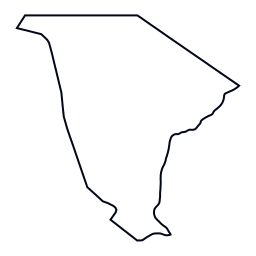 outline of Majzar, Ma'rib, Yemen
{"feature_id": "15242507B39058401263822", "entity_name": "Majzar", "entity_type": "district", "adm_level": 2, "iso_a3": "YEM", "parent_name": "Yemen", "parent_adm1": "Ma'rib", "projection": "orthographic", "projection_center": [44.889, 15.793], "detail": "fine", "context": "isolated", "style": "outline", "palette": "ink", "viewbox_px": 256, "rotation_deg": 0, "n_neighbors": 0, "source": "geoboundaries", "source_scale": "gbopen_adm2", "svg_char_len": 2926}
<svg xmlns="http://www.w3.org/2000/svg" viewBox="0 0 256 256"><path d="M141.4,18.1L137.4,15.4L84.3,15.4L82.4,15.4L81.2,15.4L79.6,15.4L79.0,15.4L31.3,15.4L27.8,15.4L25.0,15.4L24.4,16.4L23.0,18.6L22.6,19.2L16.9,28.1L24.2,29.9L41.3,34.2L43.0,35.8L47.1,39.7L49.0,42.7L50.5,48.1L52.0,53.7L55.3,67.6L55.5,68.2L61.4,92.7L62.8,107.5L63.8,116.7L67.3,129.0L70.3,137.7L72.9,145.1L87.3,187.2L95.9,194.9L102.8,201.3L107.6,203.0L113.4,205.9L115.5,207.7L116.0,209.0L116.4,209.9L115.6,212.5L110.5,219.7L137.3,240.6L138.5,240.4L139.7,240.4L141.0,240.4L142.2,240.3L143.2,239.7L144.2,239.0L145.3,238.2L146.3,237.6L147.3,236.9L148.4,236.3L149.4,235.8L150.4,235.1L151.5,234.5L152.8,233.9L154.1,233.6L155.4,233.4L156.8,233.4L158.0,233.4L159.4,233.4L160.5,233.5L161.7,233.9L162.8,234.3L163.9,234.7L165.1,235.1L166.5,235.3L168.0,235.2L169.1,235.0L170.5,234.6L170.3,233.8L169.7,232.9L168.9,231.8L168.4,230.9L167.7,229.7L167.1,228.6L166.3,227.8L165.5,227.0L164.6,226.4L163.6,225.8L162.8,225.1L161.9,224.4L161.0,223.6L160.2,222.8L159.5,222.0L158.6,221.1L157.7,220.3L156.5,219.1L155.5,217.9L154.8,216.4L154.3,214.9L154.0,213.2L154.0,211.6L154.3,209.9L154.7,208.7L155.6,207.5L156.4,206.6L156.9,206.1L157.7,205.3L158.4,204.4L159.1,203.3L159.4,202.5L159.5,201.8L159.7,200.5L159.8,199.2L159.9,198.1L160.1,197.0L160.1,195.7L160.1,194.1L160.1,192.9L160.2,191.6L160.3,190.4L160.4,189.1L160.5,187.8L160.5,186.6L160.6,185.2L160.7,184.0L160.7,182.9L160.7,181.6L160.7,180.4L160.6,179.3L160.6,178.0L160.7,176.7L160.7,175.6L160.8,174.3L161.0,173.2L161.1,172.1L161.5,171.0L161.8,169.7L162.1,168.6L162.6,167.6L163.1,166.5L163.6,165.6L164.1,164.6L164.6,163.5L165.0,162.4L165.2,161.9L165.4,161.2L165.7,160.1L165.9,158.9L166.2,157.7L166.7,156.6L167.0,155.4L167.3,154.3L167.7,153.1L168.0,151.9L168.3,150.7L168.6,149.4L168.8,148.2L169.0,147.0L169.2,145.6L169.4,144.3L169.5,143.1L169.7,141.9L170.0,140.6L170.4,139.4L170.8,138.4L171.2,137.3L171.9,136.2L172.8,135.4L173.7,134.8L174.7,134.3L175.9,134.1L177.0,134.1L178.2,134.1L179.2,133.7L180.2,133.1L181.4,132.4L182.4,132.1L183.5,132.1L184.7,131.9L185.8,131.6L186.9,130.9L188.0,130.4L189.0,129.8L190.3,129.7L191.4,129.8L192.7,129.8L193.9,129.6L195.0,129.3L195.9,128.5L196.7,127.6L197.4,126.7L198.2,125.7L199.1,124.7L200.0,123.7L200.6,122.6L200.8,121.5L201.3,120.5L202.2,119.8L203.2,119.0L204.2,118.4L205.1,117.8L206.2,117.2L207.2,116.7L208.2,116.1L209.2,115.7L210.4,115.2L211.5,114.7L212.5,113.9L213.1,112.8L213.6,111.8L214.3,110.9L215.2,110.0L216.3,109.2L217.3,108.4L218.4,107.4L219.4,106.5L220.2,105.7L220.9,104.9L221.6,103.9L222.3,102.8L222.8,101.7L223.3,100.4L223.7,99.1L223.9,97.7L224.1,96.3L224.2,95.2L224.7,94.1L225.5,93.4L226.6,92.9L227.7,92.4L228.9,91.9L230.0,91.3L231.1,90.9L232.3,90.4L233.4,89.8L234.5,89.2L235.5,88.5L236.5,87.9L236.9,87.6L237.4,87.2L237.7,87.0L239.1,85.7L211.8,66.9L208.1,64.3L187.9,50.4L167.9,36.6L157.3,29.2L150.5,24.5L145.2,20.8L141.4,18.1Z" fill="none" stroke="#020617" stroke-width="2"/></svg>